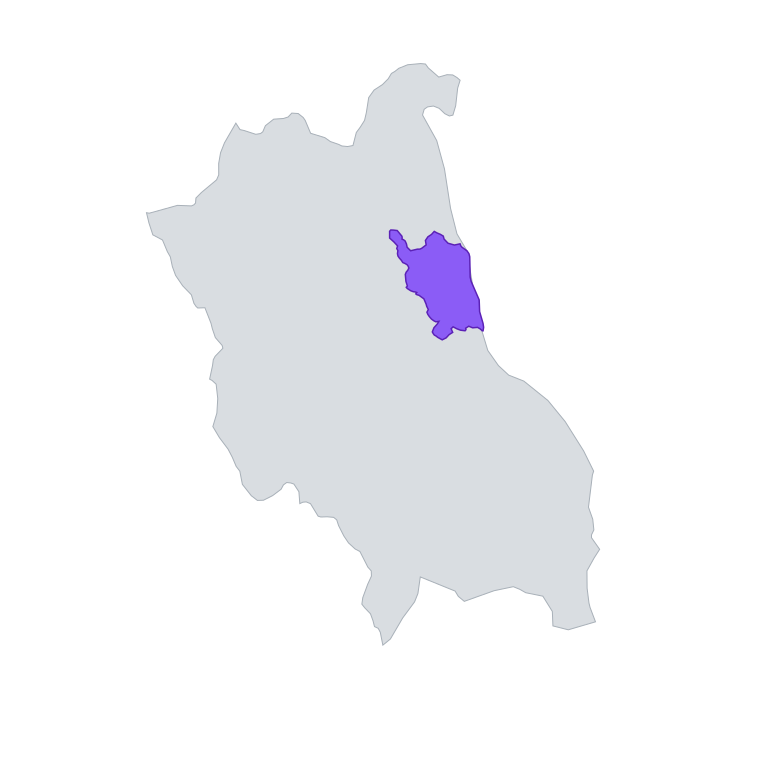 where Pleven sits in Bulgaria, rotated 70°
{"feature_id": "BGR-2248", "entity_name": "Pleven", "entity_type": "Province", "adm_level": 1, "iso_a3": "BGR", "parent_name": "Bulgaria", "parent_adm1": "", "projection": "robinson", "projection_center": [24.614, 43.502], "detail": "fine", "context": "in_parent", "style": "filled", "palette": "violet", "viewbox_px": 768, "rotation_deg": 70, "n_neighbors": 0, "source": "natural_earth", "source_scale": "10m", "svg_char_len": 3616}
<svg xmlns="http://www.w3.org/2000/svg" viewBox="0 0 768 768"><g transform="rotate(70 384 384)"><path d="M629.0,474.4L616.1,472.4L611.6,473.0L608.7,475.9L602.7,475.3L595.3,475.3L587.6,478.7L583.3,480.1L577.5,477.0L566.7,467.9L560.2,461.5L555.3,459.9L550.5,461.8L533.2,463.9L529.1,467.6L521.2,471.7L513.1,473.7L501.6,475.1L495.5,474.9L492.1,476.9L489.3,482.9L487.4,488.8L485.7,491.1L471.3,494.0L468.2,497.4L467.3,500.7L467.6,504.0L456.1,500.8L447.2,502.9L445.1,505.5L443.3,509.1L444.4,513.0L447.7,516.7L450.8,526.9L452.0,537.0L450.1,542.8L443.6,546.9L429.9,551.4L416.6,549.3L410.8,551.1L401.0,551.6L391.9,552.8L378.1,557.0L365.5,559.4L354.2,551.0L340.8,545.2L326.8,541.8L321.9,544.3L319.8,546.2L308.0,538.8L302.8,536.1L300.2,533.2L295.3,523.2L292.4,522.9L282.7,526.6L273.4,526.4L267.8,525.8L251.1,526.2L248.9,533.0L246.8,534.1L243.2,535.0L234.3,534.5L222.9,539.6L210.7,542.7L201.2,542.7L191.4,541.3L185.6,542.3L172.9,542.9L164.8,550.2L152.3,549.8L141.8,548.6L143.2,546.2L145.5,517.0L150.8,504.0L150.6,501.3L149.5,499.2L144.9,497.1L141.6,490.1L134.9,471.5L131.0,467.8L120.2,463.9L110.8,458.5L102.8,451.4L88.2,434.0L95.7,432.3L98.0,428.7L105.5,419.1L106.4,414.4L105.6,411.7L100.7,407.1L97.4,397.1L100.1,387.7L100.3,382.8L97.9,378.0L100.5,372.1L105.9,368.8L109.3,367.9L123.3,367.2L132.3,355.3L137.8,351.5L143.3,344.7L145.9,342.2L148.4,337.0L149.3,331.6L138.2,324.0L134.5,318.4L129.6,312.1L123.0,307.8L109.6,300.4L104.4,292.8L102.1,283.0L98.6,275.6L94.7,270.8L94.0,266.9L92.4,262.1L92.1,252.6L95.4,240.0L97.5,235.6L102.1,234.3L114.3,227.6L114.9,219.0L117.1,213.7L121.0,210.6L124.6,208.6L131.2,213.6L147.1,221.5L154.9,227.3L154.5,230.9L150.8,234.4L143.8,237.9L139.7,242.5L138.5,248.3L139.6,252.3L144.4,255.8L173.3,251.2L202.5,253.6L241.8,261.4L267.9,264.1L287.1,260.5L322.8,267.1L356.1,273.2L388.0,275.0L405.8,270.2L418.3,263.8L429.1,251.6L455.6,235.6L481.3,226.6L515.1,219.3L537.6,216.8L540.8,219.3L569.7,234.0L582.5,234.1L592.9,236.7L596.7,240.6L599.4,241.6L613.1,237.9L619.3,246.0L629.0,257.2L645.4,263.0L659.9,266.3L664.5,266.8L679.8,266.6L678.0,294.9L669.1,308.0L655.3,303.6L637.7,307.3L628.6,322.2L623.4,326.6L618.7,331.8L615.9,351.2L615.7,382.9L609.0,386.8L602.9,388.0L577.7,415.9L592.5,423.8L599.2,429.8L610.2,446.4L625.8,465.2L629.0,474.4Z" fill="#d9dde1" stroke="#a8b0b8" stroke-width="1"/><path d="M290.5,259.6L293.7,259.9L309.0,265.1L313.1,266.5L317.6,267.0L337.5,265.8L348.7,269.4L360.9,270.2L364.8,271.0L367.9,272.7L367.7,273.4L365.1,274.8L362.8,276.7L361.5,281.5L358.7,284.6L359.5,288.2L361.0,288.4L361.7,289.6L359.6,293.7L356.9,296.8L353.9,299.5L355.0,302.0L359.0,301.8L359.9,306.0L361.9,309.8L362.4,314.2L358.5,317.6L356.8,318.6L355.2,320.0L353.4,320.5L351.6,320.8L348.2,317.8L345.8,313.3L343.9,311.0L343.3,314.0L341.7,315.5L339.2,317.2L336.3,318.3L333.7,319.0L331.2,319.1L329.2,316.9L325.6,317.3L323.4,317.1L317.6,317.4L312.6,320.8L311.3,322.6L310.2,323.3L309.2,321.9L308.1,323.3L307.3,324.9L305.5,327.0L302.2,329.5L300.7,330.0L300.4,329.2L299.8,328.5L295.1,328.3L288.3,326.5L286.5,324.9L285.2,322.7L283.5,321.0L281.6,321.0L279.8,321.5L277.9,323.1L276.3,324.8L273.7,325.4L270.9,326.5L268.6,327.1L266.2,326.8L263.3,325.3L261.1,325.7L258.9,324.0L253.9,326.1L248.8,328.8L242.4,326.5L241.6,324.9L242.6,322.5L244.3,319.1L251.3,316.6L252.7,316.9L254.1,317.5L255.1,316.3L256.9,315.2L260.1,315.0L263.4,315.5L267.9,313.4L268.7,306.6L269.5,304.3L269.4,302.3L267.7,296.8L263.3,296.0L260.7,292.4L259.7,288.2L257.8,284.6L260.1,282.6L262.7,279.8L265.3,277.7L268.3,278.0L273.6,275.7L277.5,270.3L278.3,264.6L280.3,264.6L281.9,264.1L287.2,260.5L290.5,259.6Z" fill="#8b5cf6" stroke="#5b21b6" stroke-width="1.5"/></g></svg>